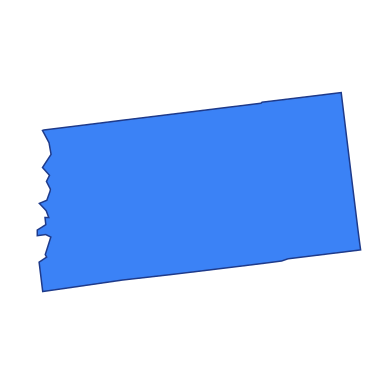 Grady, Oklahoma, United States of America, rotated 263°
{"feature_id": "52423323B95239416662840", "entity_name": "Grady", "entity_type": "district", "adm_level": 2, "iso_a3": "USA", "parent_name": "United States of America", "parent_adm1": "Oklahoma", "projection": "mercator", "projection_center": [-97.892, 35.03], "detail": "fine", "context": "isolated", "style": "filled", "palette": "blue", "viewbox_px": 384, "rotation_deg": 263, "n_neighbors": 0, "source": "geoboundaries", "source_scale": "gbopen_adm2", "svg_char_len": 638}
<svg xmlns="http://www.w3.org/2000/svg" viewBox="0 0 384 384"><g transform="rotate(263 192 192)"><path d="M114.0,352.3L120.4,352.2L133.6,352.1L189.9,352.1L272.5,352.2L272.6,272.5L271.7,271.3L271.7,239.1L271.7,132.1L271.6,71.8L271.6,52.5L271.3,51.1L258.3,56.1L246.5,56.7L237.4,49.0L234.5,46.6L225.9,52.6L220.2,48.8L212.1,51.8L210.2,51.3L201.5,46.9L199.3,39.1L191.2,45.0L184.1,46.7L184.6,43.0L177.4,42.9L173.1,33.8L167.5,33.1L167.6,41.6L164.5,46.4L147.7,38.7L145.1,39.8L141.0,31.7L111.4,31.7L113.1,112.1L112.6,165.1L112.5,212.7L112.5,259.3L112.6,272.6L114.0,279.1L114.0,352.3Z" fill="#3b82f6" stroke="#1e3a8a" stroke-width="1.5"/></g></svg>